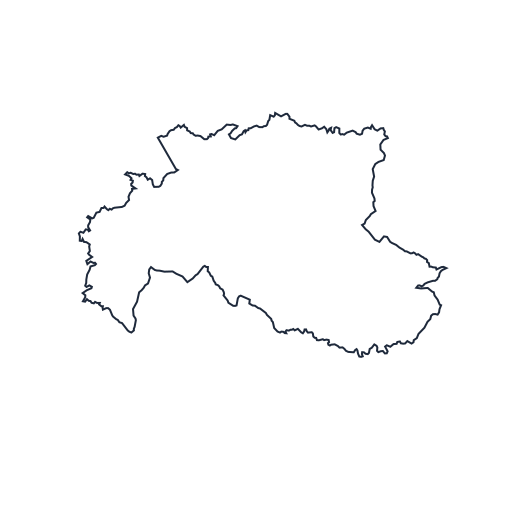 the district of Santiago, Rio Grande do Sul, Brazil, rotated 151°
{"feature_id": "56859067B44977778999111", "entity_name": "Santiago", "entity_type": "district", "adm_level": 2, "iso_a3": "BRA", "parent_name": "Brazil", "parent_adm1": "Rio Grande do Sul", "projection": "orthographic", "projection_center": [-54.765, -29.102], "detail": "fine", "context": "isolated", "style": "outline", "palette": "slate", "viewbox_px": 512, "rotation_deg": 151, "n_neighbors": 0, "source": "geoboundaries", "source_scale": "gbopen_adm2", "svg_char_len": 6129}
<svg xmlns="http://www.w3.org/2000/svg" viewBox="0 0 512 512"><g transform="rotate(151 256 256)"><path d="M160.1,104.2L158.8,105.9L155.2,106.2L151.6,109.1L143.5,111.6L137.9,115.3L134.2,116.3L131.7,118.9L129.4,119.3L127.3,118.3L125.6,116.7L123.2,118.0L121.3,120.5L118.0,123.2L118.9,124.4L118.3,129.8L119.0,134.9L118.1,138.1L119.2,139.4L121.3,144.8L127.4,147.6L131.2,150.5L128.5,151.6L127.2,151.0L125.8,149.2L123.9,149.1L122.1,149.9L118.6,149.7L113.2,148.5L111.4,147.5L108.7,147.8L107.7,148.8L106.0,149.3L103.8,151.9L101.6,153.1L99.6,153.4L95.4,153.1L97.3,155.6L99.2,156.4L104.7,156.7L104.3,158.7L106.9,160.5L107.9,161.8L109.4,162.5L108.3,166.0L109.3,167.9L108.3,169.4L108.8,171.2L109.9,172.2L110.3,173.7L111.3,175.0L113.3,179.0L115.1,179.3L115.7,181.5L116.5,182.7L118.0,182.7L119.6,183.4L122.0,187.0L123.4,187.9L124.2,190.1L126.5,193.9L128.0,197.7L130.8,201.5L131.8,203.4L132.1,209.1L134.6,211.1L141.2,208.5L144.1,212.6L145.7,222.7L147.1,226.2L148.2,231.7L145.3,231.7L142.5,234.2L137.1,235.8L135.3,236.9L129.6,237.4L129.0,242.7L127.3,246.2L125.5,246.6L124.5,248.9L123.9,255.1L122.3,257.8L120.6,259.5L119.9,261.3L117.4,265.2L114.2,268.2L111.8,275.4L107.1,278.6L103.2,278.9L97.8,278.0L94.5,281.3L94.2,284.0L95.5,288.6L93.2,293.3L88.2,295.7L83.5,295.2L83.4,297.1L84.6,298.0L84.9,300.1L82.9,302.5L83.1,304.4L82.7,306.1L85.2,307.2L89.1,306.8L90.8,309.3L91.1,314.1L93.0,313.0L94.0,311.7L95.9,314.1L99.6,314.9L102.0,313.9L104.0,311.5L106.3,311.7L108.7,314.2L108.8,316.0L110.7,318.8L116.8,319.9L120.1,319.4L121.3,320.7L123.0,321.2L123.5,323.2L121.3,327.1L123.4,329.8L125.4,329.8L127.7,326.4L129.3,326.5L129.7,330.0L128.2,331.7L130.1,331.8L132.0,330.3L133.7,329.5L133.0,332.8L133.7,336.0L136.4,335.7L139.9,336.3L140.7,340.3L141.4,341.8L145.1,342.6L146.2,344.1L148.2,345.2L149.6,347.0L153.4,347.2L154.9,348.6L155.8,350.3L156.3,352.4L157.1,353.9L156.9,355.7L160.2,359.8L159.2,361.6L159.7,365.1L161.1,365.9L166.4,366.0L169.9,371.8L171.3,369.9L173.0,369.3L175.3,372.3L178.3,368.6L179.9,368.1L182.7,365.4L184.4,364.9L186.1,365.7L188.0,365.6L190.7,367.2L192.2,369.7L194.9,370.3L198.7,370.3L200.5,371.2L201.7,369.8L203.3,370.4L205.2,369.4L204.7,371.3L206.2,371.2L209.3,369.2L211.7,369.6L217.6,368.0L220.7,371.3L220.7,375.5L218.8,375.6L216.2,377.0L212.7,377.9L211.4,377.4L209.2,378.5L212.5,382.3L214.7,382.9L217.9,385.1L224.6,383.4L228.8,384.0L234.0,381.9L235.8,384.3L237.2,384.6L237.6,382.5L239.8,383.5L240.7,382.4L242.3,382.0L244.6,383.2L246.4,387.8L248.7,389.7L250.5,390.4L251.7,392.5L251.8,394.0L253.5,395.1L253.6,397.0L255.3,399.3L254.3,401.3L255.8,403.6L255.5,405.6L259.6,404.8L259.7,406.6L260.5,408.0L262.7,407.1L264.8,407.2L266.8,406.3L269.2,407.2L271.1,407.1L274.1,405.6L275.4,404.4L279.0,405.1L280.6,407.0L284.5,407.1L283.9,370.9L282.7,369.1L287.0,368.7L289.7,370.1L293.9,370.8L299.2,369.0L300.5,367.1L302.4,366.5L303.3,365.0L305.7,363.7L307.5,363.7L311.6,365.8L311.5,368.7L310.0,372.8L311.0,375.3L313.7,375.2L313.6,377.9L314.4,379.8L313.2,381.4L315.3,383.0L319.2,382.5L319.0,384.1L321.2,385.1L321.9,386.6L323.6,387.2L325.3,389.6L327.1,389.9L328.0,391.7L330.9,390.8L328.3,387.7L327.2,384.4L328.8,383.4L327.2,381.6L328.3,380.1L330.2,379.6L330.9,378.1L328.6,373.5L331.9,374.8L332.6,373.1L335.8,372.0L338.8,369.6L339.9,366.5L343.8,365.4L346.5,363.7L349.5,363.9L356.3,366.8L358.0,367.1L359.8,366.6L361.0,368.2L362.9,367.7L363.7,369.2L364.5,372.7L366.0,371.9L367.9,372.9L371.4,370.4L374.6,371.3L379.4,368.1L381.0,368.3L383.4,372.3L384.9,371.7L383.2,368.2L384.8,366.1L387.9,364.2L388.8,362.7L388.7,358.8L390.2,358.7L390.3,360.5L392.0,361.8L395.7,360.0L397.8,362.3L400.0,361.6L400.5,358.6L402.7,354.8L401.2,353.6L399.4,355.0L399.6,351.7L397.6,350.3L395.8,346.7L397.3,345.2L398.9,340.9L401.6,339.6L401.4,338.1L399.8,334.6L406.8,334.0L407.4,330.6L403.4,331.4L401.4,328.6L400.1,328.2L399.8,326.6L401.4,326.1L405.8,327.1L408.2,324.6L412.6,321.7L415.8,317.7L417.6,314.7L419.8,312.8L419.2,311.1L416.0,311.1L414.5,308.6L415.6,307.6L420.5,308.1L425.6,307.6L424.3,304.4L425.4,302.7L429.3,300.3L427.6,298.9L424.8,300.2L424.0,297.9L422.6,296.8L422.5,294.8L420.8,293.2L419.0,293.9L417.8,292.0L415.4,290.7L416.7,289.7L415.6,287.0L414.3,286.3L415.2,285.3L415.9,283.3L412.2,283.0L410.6,282.1L409.8,279.8L410.5,273.9L410.4,272.4L408.9,268.5L407.9,267.1L407.6,264.3L405.7,262.3L404.3,253.1L403.5,251.2L402.1,249.5L398.9,250.1L398.2,251.5L396.5,252.9L392.2,258.1L391.7,259.7L392.0,263.2L389.3,269.2L382.2,273.7L375.8,280.9L372.7,281.5L369.7,282.6L367.3,284.1L363.8,284.3L359.2,288.5L358.2,292.9L355.9,296.0L353.2,297.2L351.3,292.9L349.8,291.4L347.4,289.9L343.7,286.7L336.4,282.9L334.3,279.1L330.2,273.7L328.7,266.4L322.2,267.0L318.2,268.4L315.9,268.5L307.3,272.2L305.6,272.2L304.9,270.5L303.4,269.7L305.6,266.1L304.9,264.3L305.1,260.6L304.2,259.2L305.0,254.9L304.7,252.2L305.0,250.7L303.5,249.0L302.9,247.3L303.0,245.1L301.5,242.8L301.7,240.0L302.3,238.3L303.5,237.3L302.4,230.8L302.8,228.5L300.1,223.5L298.5,222.5L297.0,222.2L292.4,227.8L290.3,228.9L288.6,228.7L282.6,220.8L284.9,217.7L283.0,214.4L281.0,213.0L279.3,209.4L277.9,208.1L275.0,201.4L275.0,199.2L273.2,193.6L273.7,191.9L273.3,190.0L275.0,184.2L273.8,179.5L272.1,177.4L270.5,177.6L268.9,176.5L268.2,174.6L267.0,173.8L267.0,175.5L265.3,176.3L263.4,174.8L261.6,174.8L260.4,174.1L258.8,174.1L258.2,172.2L254.7,172.0L253.5,167.4L252.5,165.7L250.6,166.6L249.1,168.2L247.8,167.5L248.1,165.7L247.7,163.8L244.2,162.3L243.8,160.7L244.9,157.8L244.3,156.0L243.1,155.2L243.5,152.9L241.9,151.8L237.9,150.8L237.2,149.4L234.9,148.7L233.2,147.3L233.9,145.2L235.3,144.9L235.7,143.3L234.8,141.9L233.3,142.0L230.0,140.6L228.0,137.5L227.4,135.4L224.6,134.1L223.7,131.9L223.3,129.5L221.8,127.4L217.2,124.4L214.7,125.7L213.2,125.8L213.1,124.2L214.1,121.1L214.4,118.0L212.9,116.8L211.3,116.5L210.9,118.9L209.8,120.4L208.3,119.4L207.6,117.4L205.8,116.0L204.2,116.5L201.6,119.6L199.3,119.6L195.4,121.3L194.1,119.0L194.2,117.2L196.1,114.4L195.6,112.6L193.0,112.2L191.1,111.4L190.5,108.3L188.8,107.5L187.1,108.8L187.0,114.2L184.9,114.5L182.5,111.5L178.4,112.3L175.6,111.0L174.1,112.3L171.6,111.5L171.6,109.4L169.7,107.9L168.0,107.2L164.9,108.2L162.4,104.0L160.1,104.2Z" fill="none" stroke="#1e293b" stroke-width="2"/></g></svg>